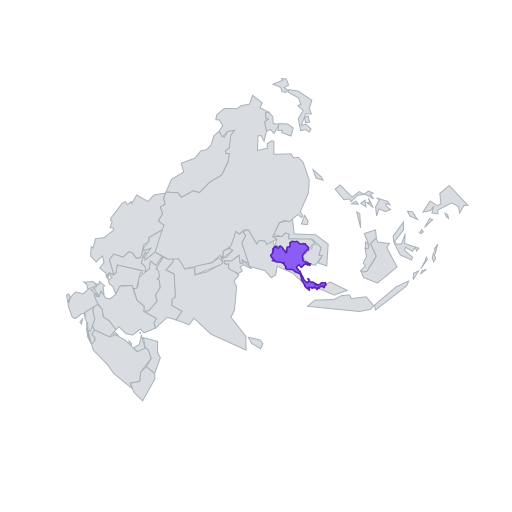 location of Thailand within Asia, rotated 313°
{"feature_id": "THA", "entity_name": "Thailand", "entity_type": "country or territory", "adm_level": 0, "iso_a3": "THA", "parent_name": "Asia", "parent_adm1": "", "projection": "orthographic", "projection_center": [100.709, 13.031], "detail": "fine", "context": "in_parent", "style": "filled", "palette": "violet", "viewbox_px": 512, "rotation_deg": 313, "n_neighbors": 45, "source": "natural_earth", "source_scale": "50m", "svg_char_len": 18405}
<svg xmlns="http://www.w3.org/2000/svg" viewBox="0 0 512 512"><g transform="rotate(313 256 256)"><path d="M240.1,146.8L235.1,149.2L232.1,154.3L226.8,152.7L223.0,159.0L215.1,160.7L215.9,167.4L213.3,170.3L196.6,165.1L193.5,167.8L187.3,166.2L177.1,172.9L172.6,170.2L174.0,163.2L172.1,160.1L164.5,159.6L160.3,150.6L153.3,151.5L145.6,164.7L143.5,160.0L138.8,161.1L141.1,157.5L140.7,149.9L147.7,149.1L151.4,143.6L142.7,143.2L143.1,135.1L150.4,129.1L150.6,131.5L159.2,126.8L165.7,132.4L177.6,134.2L179.1,132.7L177.3,129.9L183.1,127.3L183.1,124.9L184.8,124.0L203.3,122.2L206.8,123.4L205.6,126.8L210.7,127.7L209.6,129.4L219.2,127.1L222.1,139.8L231.0,139.7L240.1,146.8Z" fill="#d9dde1" stroke="#a8b0b8" stroke-width="1"/><path d="M145.6,164.7L153.3,151.5L160.3,150.6L164.5,159.6L172.1,160.1L174.0,163.2L172.6,170.2L176.1,172.8L186.0,167.8L183.4,170.4L190.1,173.8L185.4,176.1L182.1,175.4L183.3,172.6L179.2,172.9L175.2,177.1L172.9,176.6L172.7,182.4L169.6,186.0L154.8,160.8L148.3,165.2L145.6,164.7Z" fill="#d9dde1" stroke="#a8b0b8" stroke-width="1"/><path d="M439.3,349.3L437.5,376.4L434.9,373.6L426.3,375.6L430.3,370.5L428.3,362.9L413.5,357.6L410.9,360.4L407.4,355.4L413.8,352.0L408.4,352.8L402.0,348.2L414.9,345.8L416.4,353.9L420.0,355.9L427.2,347.7L439.3,349.3ZM379.3,383.8L376.8,389.0L372.9,389.8L375.3,385.8L379.3,383.8ZM414.8,371.2L414.6,368.2L416.2,365.1L416.8,368.2L414.8,371.2ZM351.4,331.5L349.1,335.5L356.2,345.0L351.3,345.9L344.2,366.6L319.1,363.3L313.6,349.4L316.7,342.5L320.4,347.6L334.4,345.1L337.9,344.0L343.0,331.3L351.4,331.5ZM391.8,359.8L401.7,357.4L403.0,360.4L391.8,359.8ZM387.8,361.9L385.1,361.5L384.4,359.7L388.3,359.1L387.8,361.9ZM392.1,336.2L395.0,340.3L392.8,349.2L390.1,341.4L392.1,336.2ZM364.0,342.7L381.5,340.6L375.4,346.2L361.1,347.5L360.5,350.7L364.2,354.2L374.0,350.0L366.5,356.1L372.8,369.9L369.1,370.0L371.2,366.4L366.2,367.3L364.3,359.3L361.5,360.8L361.8,371.6L359.1,372.4L355.2,360.8L359.7,348.0L364.0,342.7ZM362.3,389.7L355.0,388.6L358.9,387.5L362.3,389.7ZM359.1,385.2L367.6,383.1L371.3,381.3L370.6,383.6L359.1,385.2ZM350.9,383.0L355.9,385.1L346.0,387.1L350.9,383.0ZM300.9,376.2L329.0,379.5L341.8,384.7L337.0,386.5L297.9,380.2L300.9,376.2ZM289.7,354.7L301.3,364.4L299.9,376.0L295.1,376.2L286.0,369.5L254.3,328.0L263.8,329.1L277.5,342.8L285.6,345.7L291.4,351.2L289.7,354.7Z" fill="#d9dde1" stroke="#a8b0b8" stroke-width="1"/><path d="M379.6,385.7L383.2,381.5L388.6,380.8L379.6,385.7Z" fill="#d9dde1" stroke="#a8b0b8" stroke-width="1"/><path d="M88.6,181.7L84.3,186.5L79.4,195.6L81.9,188.4L87.1,181.9L88.6,181.7Z" fill="#d9dde1" stroke="#a8b0b8" stroke-width="1"/><path d="M91.8,178.8L87.1,181.9L92.5,177.3L91.8,178.8Z" fill="#d9dde1" stroke="#a8b0b8" stroke-width="1"/><path d="M86.3,184.9L83.1,188.4L86.0,184.1L86.3,184.9Z" fill="#d9dde1" stroke="#a8b0b8" stroke-width="1"/><path d="M86.3,184.9L93.7,183.5L91.8,188.5L86.8,189.4L86.4,194.0L80.6,197.6L79.4,195.6L86.3,184.9Z" fill="#d9dde1" stroke="#a8b0b8" stroke-width="1"/><path d="M105.5,229.0L111.8,231.1L120.1,226.0L112.5,238.5L104.9,234.4L105.5,229.0Z" fill="#d9dde1" stroke="#a8b0b8" stroke-width="1"/><path d="M104.2,226.4L105.0,223.3L107.3,221.1L106.9,225.0L104.2,226.4Z" fill="#d9dde1" stroke="#a8b0b8" stroke-width="1"/><path d="M104.1,202.5L104.1,209.2L100.8,205.8L104.1,202.5Z" fill="#d9dde1" stroke="#a8b0b8" stroke-width="1"/><path d="M91.8,188.5L93.7,183.5L99.8,181.2L104.5,174.1L109.5,171.3L112.8,173.4L112.2,179.8L107.4,185.9L108.6,193.0L106.8,203.8L96.9,204.2L91.8,188.5Z" fill="#d9dde1" stroke="#a8b0b8" stroke-width="1"/><path d="M113.3,237.8L119.5,229.3L126.4,242.3L118.2,249.8L116.5,255.3L101.0,262.0L100.2,251.2L109.7,249.1L113.8,241.1L113.3,237.8ZM121.5,223.6L120.0,224.4L121.3,223.2L121.5,223.6Z" fill="#d9dde1" stroke="#a8b0b8" stroke-width="1"/><path d="M285.8,299.0L287.4,290.1L300.4,291.4L302.2,288.4L307.0,292.8L306.6,298.0L299.6,301.5L301.5,304.1L289.7,305.8L285.8,299.0Z" fill="#d9dde1" stroke="#a8b0b8" stroke-width="1"/><path d="M306.0,289.9L296.8,289.8L298.3,284.1L291.2,272.6L279.3,275.8L280.2,267.4L275.4,263.2L282.3,259.9L281.6,255.0L288.0,261.7L293.0,261.6L294.7,265.4L290.9,268.1L305.4,282.5L306.0,289.9Z" fill="#d9dde1" stroke="#a8b0b8" stroke-width="1"/><path d="M275.4,263.2L267.7,266.2L264.0,271.7L270.2,281.6L267.2,286.2L273.0,300.3L268.5,308.8L268.5,294.9L263.0,278.3L255.4,283.4L250.5,281.9L251.4,272.4L243.8,258.1L256.0,236.6L263.9,234.6L264.8,229.6L270.0,232.8L265.4,248.2L269.6,247.5L273.1,252.3L271.9,255.9L279.6,257.0L275.4,263.2Z" fill="#d9dde1" stroke="#a8b0b8" stroke-width="1"/><path d="M293.3,306.3L301.5,304.1L299.6,301.5L306.6,298.0L306.6,285.5L290.9,268.1L294.7,265.4L293.0,261.6L288.0,261.7L283.7,254.4L296.3,250.4L307.5,257.9L298.2,268.9L312.1,285.0L313.9,300.7L297.0,314.5L293.3,306.3Z" fill="#d9dde1" stroke="#a8b0b8" stroke-width="1"/><path d="M369.9,167.2L369.4,173.2L364.5,178.3L368.3,183.4L357.8,185.6L358.5,180.4L354.4,178.7L356.1,176.0L359.9,170.7L364.3,171.6L363.1,169.6L367.2,165.3L369.9,167.2Z" fill="#d9dde1" stroke="#a8b0b8" stroke-width="1"/><path d="M362.8,186.5L368.4,182.4L374.1,189.1L375.0,196.0L367.5,199.7L363.8,190.5L365.9,189.6L362.8,186.5Z" fill="#d9dde1" stroke="#a8b0b8" stroke-width="1"/><path d="M241.3,146.6L254.5,141.9L268.1,145.9L272.8,138.0L286.1,144.7L295.0,143.9L299.8,147.2L306.1,147.5L315.5,143.2L322.1,144.0L321.4,151.8L327.6,150.2L333.4,153.4L317.0,162.7L312.0,161.9L310.7,164.3L312.6,166.9L308.7,170.4L291.7,175.7L278.2,171.8L263.8,171.4L260.9,165.7L248.0,161.4L248.9,155.6L241.3,146.6Z" fill="#d9dde1" stroke="#a8b0b8" stroke-width="1"/><path d="M264.8,229.6L263.9,234.6L256.0,236.6L245.4,255.7L243.7,248.8L241.8,251.5L239.8,249.2L245.0,243.1L235.5,241.5L230.7,236.2L229.1,239.0L231.7,241.4L228.1,244.4L230.4,245.7L230.2,256.6L222.6,257.1L220.2,262.8L201.7,277.2L194.1,279.5L190.3,303.4L180.4,312.9L168.1,276.5L168.2,253.0L160.2,254.1L154.7,241.0L165.1,239.5L162.4,228.0L167.1,224.1L171.0,224.9L187.0,208.4L184.2,199.6L194.7,199.3L198.7,196.2L201.2,201.3L198.1,212.6L205.3,218.8L200.7,224.3L211.4,231.2L228.8,236.3L232.0,229.3L232.0,233.5L235.3,235.3L244.2,235.1L243.2,231.1L260.4,224.5L260.7,228.9L264.8,229.6Z" fill="#d9dde1" stroke="#a8b0b8" stroke-width="1"/><path d="M243.7,248.8L243.9,261.6L240.6,252.4L236.9,252.1L235.8,256.2L230.9,255.1L228.1,244.4L231.7,241.4L229.1,239.0L230.7,236.2L235.5,241.5L245.0,243.1L239.8,249.2L241.8,251.5L243.7,248.8Z" fill="#d9dde1" stroke="#a8b0b8" stroke-width="1"/><path d="M243.2,231.1L244.2,235.1L232.0,233.5L237.0,228.7L243.2,231.1Z" fill="#d9dde1" stroke="#a8b0b8" stroke-width="1"/><path d="M229.6,230.1L228.8,236.3L225.6,236.2L200.7,224.3L207.0,217.9L221.2,228.3L229.6,230.1Z" fill="#d9dde1" stroke="#a8b0b8" stroke-width="1"/><path d="M198.7,196.2L194.7,199.3L184.2,199.6L187.0,208.4L171.0,224.9L167.1,224.1L162.4,228.0L165.1,239.5L154.7,241.0L150.5,232.8L134.7,231.7L137.2,227.1L142.3,225.7L138.9,211.8L143.2,214.8L155.5,214.4L159.1,208.9L167.3,207.5L180.8,190.1L191.9,188.9L193.8,194.1L198.7,196.2Z" fill="#d9dde1" stroke="#a8b0b8" stroke-width="1"/><path d="M160.7,184.8L173.7,186.6L180.3,182.1L181.1,189.3L186.4,186.8L191.9,188.9L178.5,191.6L178.4,195.4L174.7,199.8L171.8,199.3L172.2,202.1L167.3,207.5L159.1,208.9L155.5,214.4L143.2,214.8L138.9,211.8L142.8,208.6L142.5,198.9L148.6,188.8L153.1,190.6L160.7,184.8Z" fill="#d9dde1" stroke="#a8b0b8" stroke-width="1"/><path d="M169.6,186.0L172.7,182.4L172.9,176.6L183.3,172.6L183.3,175.4L177.8,177.5L190.1,179.5L191.6,187.7L181.1,189.3L180.3,182.1L173.7,186.6L169.6,186.0Z" fill="#d9dde1" stroke="#a8b0b8" stroke-width="1"/><path d="M186.0,167.8L193.5,167.8L196.6,165.1L213.3,170.3L190.1,179.5L177.8,177.5L178.9,175.4L190.1,173.8L183.4,170.4L186.0,167.8Z" fill="#d9dde1" stroke="#a8b0b8" stroke-width="1"/><path d="M138.8,161.1L143.5,160.0L144.4,164.6L148.3,165.2L154.8,160.8L167.2,182.3L166.2,184.6L164.4,183.1L150.8,190.8L148.6,188.8L149.8,185.5L142.6,177.6L132.7,178.9L136.0,172.3L135.5,167.6L137.8,164.6L142.1,165.3L142.2,160.5L138.1,163.6L138.8,161.1Z" fill="#d9dde1" stroke="#a8b0b8" stroke-width="1"/><path d="M106.8,203.8L108.6,193.0L107.4,185.9L112.2,179.8L113.5,170.1L116.6,164.7L119.0,168.5L124.7,166.5L122.8,174.6L124.9,178.3L132.0,179.7L141.0,176.9L149.8,185.5L142.5,198.9L142.8,208.6L138.9,211.8L142.3,225.7L137.2,227.1L134.7,231.7L123.4,226.5L123.8,221.2L114.1,219.7L110.6,214.1L110.8,204.0L106.8,203.8Z" fill="#d9dde1" stroke="#a8b0b8" stroke-width="1"/><path d="M87.2,183.8L91.8,178.8L93.5,173.8L98.0,169.2L108.4,171.6L104.5,174.1L99.8,181.2L88.1,186.2L87.2,183.8Z" fill="#d9dde1" stroke="#a8b0b8" stroke-width="1"/><path d="M119.7,168.6L117.7,161.4L119.6,158.4L122.6,160.6L119.7,168.6Z" fill="#d9dde1" stroke="#a8b0b8" stroke-width="1"/><path d="M112.8,173.4L98.0,169.2L94.8,172.5L96.7,169.4L95.0,167.9L86.9,166.5L86.0,163.1L91.8,152.2L99.5,148.4L106.6,148.6L110.6,155.5L119.1,156.0L118.6,164.1L116.6,164.7L112.8,173.4ZM98.2,144.1L100.5,144.8L99.5,147.9L93.8,150.0L98.2,144.1Z" fill="#d9dde1" stroke="#a8b0b8" stroke-width="1"/><path d="M197.4,316.3L196.7,320.8L191.3,322.6L189.1,312.7L191.3,305.8L197.4,316.3Z" fill="#d9dde1" stroke="#a8b0b8" stroke-width="1"/><path d="M314.0,272.2L310.3,267.3L318.9,263.9L317.4,270.0L314.0,272.2ZM190.1,179.5L215.9,167.4L215.1,160.7L223.0,159.0L226.8,152.7L232.1,154.3L235.1,149.2L241.3,146.6L248.9,155.6L248.0,161.4L260.9,165.7L263.8,171.4L278.2,171.8L291.7,175.7L305.1,171.9L312.6,166.9L310.7,164.3L312.0,161.9L317.0,162.7L327.1,155.3L333.5,154.7L327.6,150.2L320.3,150.4L322.1,144.0L328.8,142.7L330.5,136.2L328.2,133.7L332.5,131.0L342.2,132.2L351.0,141.9L355.8,142.5L362.5,147.7L371.2,143.9L372.2,156.3L367.1,157.7L369.9,167.2L367.2,165.3L363.1,169.6L364.3,171.6L359.9,170.7L354.4,178.7L345.4,183.6L347.4,177.4L345.2,175.5L334.2,185.1L342.6,190.8L345.7,187.6L351.0,188.9L352.0,190.9L342.6,199.8L354.7,212.1L353.3,216.5L356.9,219.7L356.6,226.6L347.9,243.0L338.1,251.2L318.5,258.2L317.4,262.8L315.2,263.1L314.8,258.3L303.4,256.9L302.0,252.7L296.3,250.4L281.6,255.0L282.3,259.9L271.9,255.9L273.1,252.3L269.6,247.5L265.4,248.2L270.0,232.8L267.1,229.3L260.7,228.9L260.4,224.5L246.3,230.7L237.0,228.7L232.0,232.7L232.0,229.3L221.2,228.3L198.1,212.6L201.2,201.3L193.8,194.1L190.1,179.5Z" fill="#d9dde1" stroke="#a8b0b8" stroke-width="1"/><path d="M358.0,238.9L358.4,249.7L357.2,253.4L353.9,246.8L358.0,238.9Z" fill="#d9dde1" stroke="#a8b0b8" stroke-width="1"/><path d="M126.6,157.3L127.7,160.7L130.7,158.8L131.0,165.5L129.1,165.3L123.6,171.7L124.7,166.5L119.7,168.6L120.5,163.9L122.5,158.7L124.9,160.2L126.6,157.3ZM119.0,168.5L117.9,167.5L118.6,164.1L119.8,165.5L119.0,168.5Z" fill="#d9dde1" stroke="#a8b0b8" stroke-width="1"/><path d="M119.4,147.9L126.4,154.5L125.5,159.9L117.2,155.5L119.8,151.6L119.4,147.9Z" fill="#d9dde1" stroke="#a8b0b8" stroke-width="1"/><path d="M363.6,295.5L359.4,290.3L364.3,291.6L363.6,295.5ZM371.4,308.7L370.7,300.6L372.4,303.1L375.0,298.7L371.4,308.7ZM380.7,304.5L385.8,315.2L384.7,319.3L383.1,315.1L381.3,317.4L381.7,322.6L376.9,320.6L374.2,313.6L367.5,317.0L373.5,309.9L381.2,307.9L380.7,304.5ZM357.7,303.1L347.9,313.4L356.8,299.7L357.7,303.1ZM365.3,269.0L364.7,286.1L373.6,287.6L374.6,293.0L369.7,289.0L360.5,288.5L361.7,285.5L357.1,282.0L358.9,268.3L365.3,269.0ZM367.1,302.9L366.1,296.6L371.2,297.5L367.1,302.9ZM380.3,294.1L381.8,298.8L378.7,298.0L378.2,303.2L375.3,292.8L380.3,294.1Z" fill="#d9dde1" stroke="#a8b0b8" stroke-width="1"/><path d="M275.1,323.9L287.6,328.0L293.1,346.1L280.8,339.9L275.1,323.9ZM351.4,331.5L343.0,331.3L337.9,344.0L320.4,347.6L317.4,345.3L316.7,342.5L323.2,342.9L324.0,339.2L330.9,337.2L335.9,330.8L340.8,331.4L346.3,319.8L356.6,325.6L351.4,331.5Z" fill="#d9dde1" stroke="#a8b0b8" stroke-width="1"/><path d="M341.1,326.5L340.8,331.4L337.9,332.9L335.9,330.8L341.1,326.5Z" fill="#d9dde1" stroke="#a8b0b8" stroke-width="1"/><path d="M405.4,174.4L407.9,190.7L400.2,194.3L397.6,199.6L394.0,195.4L382.4,200.0L386.5,202.5L386.4,209.7L382.8,210.3L382.6,206.5L378.1,203.0L385.4,193.2L394.4,191.4L394.7,184.0L397.3,185.6L400.6,179.3L397.7,167.7L400.0,166.5L405.4,174.4ZM402.6,155.6L403.3,153.7L406.1,157.6L403.2,163.3L398.1,161.6L398.9,165.9L396.1,166.4L393.9,162.9L396.2,159.1L393.2,151.2L402.6,155.6ZM387.3,201.1L390.8,196.8L394.1,198.7L390.2,203.9L387.3,201.1Z" fill="#d9dde1" stroke="#a8b0b8" stroke-width="1"/><path d="M100.2,251.2L101.0,262.0L97.4,265.8L72.7,271.9L73.0,260.2L77.2,250.8L85.1,256.3L92.2,250.8L100.2,251.2Z" fill="#d9dde1" stroke="#a8b0b8" stroke-width="1"/><path d="M79.2,196.2L84.6,195.6L86.4,194.0L86.8,189.4L91.8,188.5L96.9,204.2L102.6,206.8L105.3,218.0L104.9,234.4L113.3,237.8L113.8,241.1L109.7,249.1L92.2,250.8L85.1,256.3L77.2,250.8L74.6,255.5L73.0,231.9L75.3,221.6L76.2,201.0L79.2,196.2Z" fill="#d9dde1" stroke="#a8b0b8" stroke-width="1"/><path d="M92.1,171.9L87.3,174.8L87.6,172.3L92.1,171.9Z" fill="#d9dde1" stroke="#a8b0b8" stroke-width="1"/><path d="M275.4,263.7L275.4,263.9L275.5,264.0L275.6,263.8L275.8,263.6L276.0,263.4L276.4,263.6L276.7,264.0L276.9,264.2L277.0,264.3L277.1,264.5L277.0,265.0L276.5,266.1L276.6,266.6L277.0,267.0L277.5,267.2L277.9,267.1L278.2,267.0L278.4,266.8L278.6,266.7L278.9,266.7L279.6,266.9L279.9,267.0L279.9,267.3L279.8,267.9L279.9,268.4L280.2,269.0L280.2,269.5L279.7,271.0L279.3,271.6L279.2,271.8L279.6,272.5L279.6,273.1L279.5,273.6L278.6,275.5L278.8,275.7L279.4,276.0L279.7,275.9L280.7,274.9L281.3,274.5L281.9,274.2L282.1,273.9L282.2,273.6L282.4,273.4L282.6,273.5L282.9,273.3L283.3,273.0L283.6,272.8L283.8,272.8L284.1,273.0L284.6,273.5L285.1,273.8L285.4,273.8L285.6,274.0L285.7,274.4L285.9,274.5L286.0,274.4L286.1,274.1L286.5,273.9L286.9,273.8L287.3,273.7L287.5,273.5L287.7,273.1L287.9,272.7L288.1,272.5L288.4,272.4L288.3,272.2L288.5,271.9L288.8,271.8L289.3,271.8L289.9,272.0L290.6,272.3L291.0,272.3L291.2,272.2L291.6,272.7L292.3,273.7L292.8,274.4L293.2,274.9L293.7,275.3L294.2,275.6L294.6,275.9L294.9,276.6L294.7,277.6L294.6,278.4L294.7,279.5L295.0,280.2L295.5,280.8L295.9,281.2L296.0,281.6L296.4,281.8L297.2,282.1L297.5,282.3L297.4,282.5L297.5,283.0L298.2,283.3L298.4,283.5L298.5,283.7L298.5,284.0L298.4,284.4L298.2,284.8L298.0,285.0L297.9,285.5L297.9,286.0L298.1,286.4L298.2,286.9L298.1,287.3L298.0,288.4L297.9,288.6L297.7,288.9L297.4,289.1L296.6,289.5L296.2,290.0L295.9,289.9L295.8,289.7L295.8,289.4L295.4,289.2L295.0,289.1L293.4,289.4L292.7,289.3L291.6,289.5L290.6,289.4L290.0,289.2L289.8,289.2L289.3,289.4L288.3,289.6L287.6,290.0L287.1,290.5L287.0,290.9L286.4,291.8L285.9,292.3L285.6,292.6L285.6,292.9L284.7,293.0L284.7,294.2L284.8,294.6L285.2,295.4L285.4,296.2L285.4,296.9L286.0,297.3L286.5,298.0L286.3,298.7L286.4,299.4L287.3,301.1L287.2,301.1L287.1,300.8L286.7,300.3L286.6,299.8L286.1,299.2L285.8,298.9L285.6,299.4L284.8,298.7L284.4,298.1L284.3,298.4L283.9,297.9L283.4,297.5L282.8,297.3L282.6,297.1L282.1,296.8L280.9,297.2L279.4,296.9L278.8,297.1L278.6,297.0L278.5,296.7L278.6,296.3L278.6,295.3L278.8,294.7L278.7,294.2L278.9,293.6L278.6,293.5L277.6,293.2L277.4,293.0L277.1,293.2L275.8,293.4L275.3,293.6L274.9,293.9L274.7,294.4L275.0,294.7L275.2,295.3L274.7,296.5L274.6,296.8L274.8,298.3L274.7,299.1L274.5,299.6L274.1,300.1L273.9,300.9L273.6,301.3L273.2,302.2L272.9,303.3L272.7,303.8L272.6,304.7L271.7,306.1L271.5,306.9L271.2,307.2L271.3,307.4L271.3,307.8L271.1,309.7L271.3,310.2L271.7,311.1L271.6,311.4L271.5,311.8L271.9,311.9L272.1,312.0L273.6,311.6L274.0,311.7L274.3,312.4L274.6,314.4L274.7,314.7L275.3,315.4L275.4,315.1L275.7,315.4L275.9,316.1L276.7,319.7L277.1,320.6L276.6,320.4L276.5,319.6L276.4,319.3L276.2,319.2L275.9,319.1L276.1,318.8L276.1,318.5L275.8,318.3L275.4,318.5L275.4,319.0L275.6,319.4L276.3,320.4L276.6,320.8L276.9,320.9L277.3,320.9L278.2,321.6L279.1,322.2L279.7,322.2L280.4,322.0L280.8,322.1L281.2,322.2L281.7,322.7L282.5,323.9L283.8,324.9L283.7,325.1L283.6,325.5L283.1,326.0L283.0,326.3L282.9,326.7L282.5,326.9L282.2,326.9L281.9,326.8L281.7,326.5L281.5,326.3L280.2,326.9L279.9,327.4L279.7,327.5L279.0,326.9L279.0,326.6L279.4,326.1L279.4,325.8L279.4,325.2L279.3,324.9L279.0,324.8L278.5,324.9L278.3,324.5L278.2,324.1L277.8,323.9L277.5,324.0L276.2,323.6L275.9,323.0L275.7,323.0L275.4,323.2L275.3,323.8L275.2,324.0L274.2,322.7L273.4,322.1L273.5,321.2L273.3,321.0L273.0,320.9L272.8,320.7L273.0,320.1L272.7,320.2L272.3,320.2L272.0,320.0L271.7,319.2L271.6,318.9L271.2,318.5L270.7,318.5L270.6,318.3L270.6,317.7L270.3,317.4L269.9,317.1L269.5,317.0L269.1,316.1L268.6,315.7L268.3,315.9L268.2,316.2L267.9,316.5L267.7,316.4L267.4,316.2L267.1,315.4L267.1,314.9L267.2,313.9L267.5,313.0L267.7,311.6L268.1,310.7L268.3,310.4L268.6,309.2L269.2,307.7L269.4,307.0L269.5,306.7L269.5,306.1L269.4,305.7L269.6,305.5L270.6,304.5L271.3,303.7L272.5,301.5L272.9,301.2L273.1,300.9L272.7,299.5L272.5,299.0L272.2,297.8L272.2,297.5L272.1,297.2L271.8,297.0L271.5,296.6L271.3,296.0L271.3,295.6L271.1,295.3L271.0,295.0L271.3,294.5L271.3,293.3L271.1,292.3L270.6,291.3L270.3,290.9L268.8,289.5L267.4,287.5L267.2,286.8L267.1,286.1L267.2,285.8L267.4,285.7L267.6,285.5L267.8,285.5L268.3,285.2L268.7,285.2L268.8,285.0L268.7,284.3L268.8,283.4L268.9,282.2L269.9,281.6L270.1,281.4L270.2,281.1L270.2,280.9L270.1,280.7L269.3,281.0L269.2,280.9L269.0,280.1L268.5,279.2L268.5,278.5L268.3,278.1L267.6,277.4L265.7,275.0L265.3,274.5L265.3,274.4L265.5,273.9L265.4,273.5L265.1,272.9L265.0,272.5L265.1,272.4L264.9,272.3L264.6,272.3L264.3,272.1L264.0,271.4L264.5,271.5L264.9,271.3L265.5,271.2L265.6,270.9L265.4,269.6L265.5,269.3L265.8,268.7L265.8,268.1L265.9,267.3L266.3,266.7L266.6,266.5L266.7,266.1L266.9,266.0L267.1,266.0L267.7,266.3L268.2,266.3L268.7,266.3L269.8,266.0L270.4,266.0L270.6,265.9L270.7,265.6L270.9,264.8L271.0,264.7L271.3,264.5L271.6,264.5L272.0,264.7L272.6,264.5L272.8,264.4L272.9,264.2L272.8,263.9L272.6,263.5L272.7,263.4L273.4,263.6L273.8,263.6L274.0,263.5L274.5,263.2L275.4,263.7ZM267.9,317.7L267.8,318.0L267.6,318.0L267.4,318.2L267.2,317.5L267.4,316.6L267.5,316.5L268.0,316.9L267.8,317.4L267.9,317.7ZM275.1,310.4L275.1,310.6L275.0,310.9L274.6,311.1L274.5,310.9L274.5,310.5L274.6,310.4L274.9,310.4L275.1,310.4ZM285.1,299.9L285.1,300.0L284.9,299.9L284.6,299.9L284.5,299.3L284.5,299.2L284.9,299.5L285.1,299.9ZM273.3,323.7L273.2,323.7L273.0,323.4L273.2,322.8L273.4,323.5L273.3,323.7ZM268.7,317.5L268.4,316.8L268.7,317.0L268.7,317.5ZM275.1,309.9L275.0,310.0L274.9,309.8L274.7,309.7L274.9,309.5L275.1,309.7L275.1,309.9ZM270.7,319.0L270.9,319.6L270.7,319.4L270.6,319.2L270.6,318.8L270.7,319.0ZM285.9,301.2L285.8,301.7L285.6,301.5L285.6,301.3L285.7,301.2L285.9,301.2ZM267.5,312.7L267.2,312.7L267.3,312.3L267.5,312.5L267.5,312.7Z" fill="#8b5cf6" stroke="#5b21b6" stroke-width="1.5"/></g></svg>